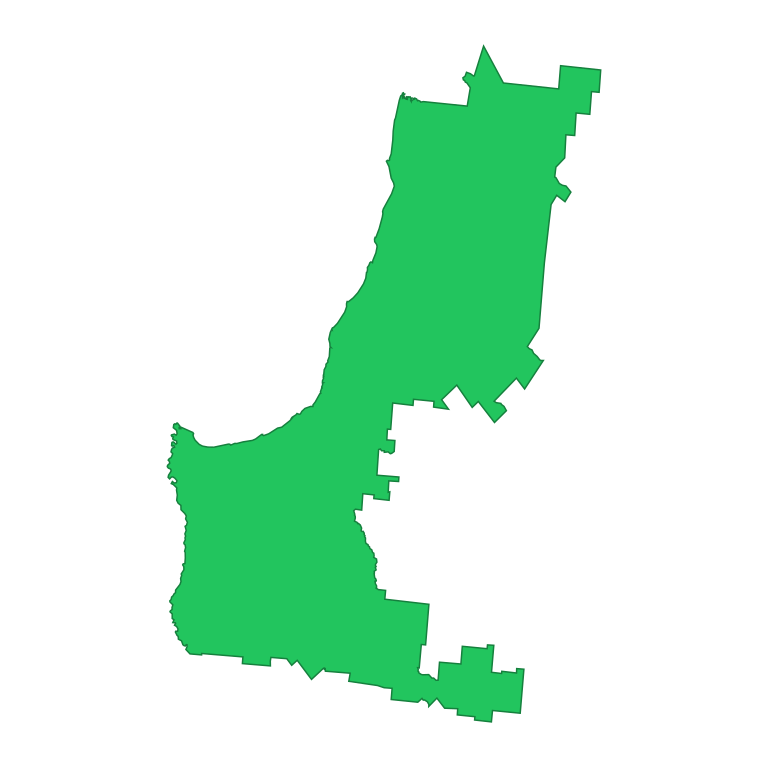 Carpentaria, Queensland, Australia (Natural Earth projection)
{"feature_id": "25037944B42158127814454", "entity_name": "Carpentaria", "entity_type": "district", "adm_level": 2, "iso_a3": "AUS", "parent_name": "Australia", "parent_adm1": "Queensland", "projection": "natural_earth1", "projection_center": [140.957, -17.323], "detail": "fine", "context": "isolated", "style": "filled", "palette": "green", "viewbox_px": 768, "rotation_deg": 0, "n_neighbors": 0, "source": "geoboundaries", "source_scale": "gbopen_adm2", "svg_char_len": 6082}
<svg xmlns="http://www.w3.org/2000/svg" viewBox="0 0 768 768"><path d="M190.0,653.9L201.6,654.9L201.7,653.5L242.9,656.9L242.4,663.6L270.4,665.9L270.3,661.2L270.9,657.4L286.8,658.7L291.7,665.3L297.2,660.3L311.5,679.4L323.4,668.3L324.3,669.2L324.6,668.2L325.2,668.5L325.4,671.2L350.2,673.2L348.8,681.3L377.5,685.5L384.1,687.7L392.1,688.3L391.2,699.5L417.8,702.2L422.0,698.4L423.2,700.1L424.6,700.0L427.4,701.8L428.9,704.6L428.8,706.4L436.9,698.1L444.6,708.2L457.7,708.7L457.3,714.9L474.9,716.7L474.6,720.0L491.4,721.9L492.5,710.5L520.2,713.2L523.9,669.2L516.7,668.6L516.5,673.0L501.8,671.3L501.6,673.5L491.5,672.3L493.8,645.3L487.5,644.9L487.1,648.7L462.3,646.3L460.9,664.0L439.5,662.2L438.1,680.2L436.0,680.3L433.7,678.1L431.9,678.1L428.7,674.6L422.6,674.8L420.9,674.3L418.7,672.7L418.7,671.7L418.0,671.2L418.2,669.4L417.6,667.7L419.2,667.9L421.3,644.5L425.6,644.9L428.9,604.3L384.8,599.2L385.6,590.4L378.3,589.6L376.1,588.1L376.6,587.4L376.5,585.6L375.5,584.0L375.0,581.3L376.0,581.2L376.3,580.5L375.7,578.8L374.7,577.8L374.1,573.4L374.4,573.1L374.2,571.3L376.1,569.9L375.3,567.3L376.1,566.6L375.4,565.3L375.6,564.1L376.9,562.2L376.5,559.0L373.7,557.4L374.1,555.9L373.8,553.2L372.6,552.5L371.7,549.7L369.9,548.6L369.5,546.8L368.3,545.9L368.0,544.6L366.0,543.5L365.4,541.2L365.5,538.0L364.6,536.7L365.0,535.8L364.2,534.7L364.2,533.1L363.1,531.3L361.9,531.5L361.1,530.8L361.6,528.1L360.3,525.0L358.4,523.4L357.8,523.6L357.0,522.3L354.5,521.2L355.3,518.0L355.2,516.1L354.5,515.1L354.8,514.3L353.7,510.7L355.4,509.2L361.7,510.1L362.8,493.7L374.1,494.9L373.8,498.6L389.1,500.3L389.8,491.8L388.2,492.3L388.8,480.9L398.6,481.5L398.9,477.0L376.9,475.2L378.6,449.5L380.4,449.0L381.5,450.7L384.3,450.8L384.3,452.3L388.2,451.9L390.3,453.7L391.6,453.4L394.2,451.5L394.9,440.5L386.8,439.9L387.4,429.1L390.7,429.4L392.7,403.0L413.0,405.4L413.5,399.3L434.0,401.3L433.6,407.1L448.5,409.2L441.6,399.7L456.8,385.1L472.2,407.4L478.3,401.5L494.5,422.5L506.4,410.7L504.0,406.4L501.4,404.4L500.9,403.4L496.3,402.7L494.1,401.2L516.4,378.1L524.6,389.0L543.3,360.5L540.8,360.5L539.6,359.7L537.2,356.5L533.6,353.4L532.0,349.9L529.3,348.7L527.3,346.6L539.0,328.3L544.4,262.7L551.1,204.5L556.7,195.3L565.0,201.7L570.9,192.1L566.0,186.0L562.5,185.3L559.3,183.5L555.9,177.6L554.7,177.0L555.9,167.1L564.7,157.9L565.9,134.8L574.7,135.5L576.1,113.0L589.8,114.3L591.5,91.6L599.1,92.3L600.7,70.0L560.6,65.7L558.7,88.9L503.4,83.0L483.6,46.1L474.3,75.9L473.5,76.0L470.4,73.7L466.5,72.3L465.1,76.2L462.9,77.8L463.4,79.9L464.7,80.5L465.3,82.1L466.8,82.8L470.3,87.8L467.2,106.1L423.3,101.6L420.7,102.1L420.1,101.2L418.3,100.4L417.5,100.7L416.6,99.0L414.8,98.1L414.2,99.3L413.5,99.3L413.8,98.6L413.2,98.4L413.1,99.6L412.0,100.6L411.1,99.9L411.1,101.2L410.6,100.4L411.7,98.1L410.6,98.1L410.1,96.8L408.3,97.2L408.0,96.2L407.8,97.3L406.5,96.8L406.5,98.5L407.2,98.5L407.3,99.4L406.1,99.2L405.3,98.2L404.1,98.4L403.8,97.7L404.5,97.2L403.9,96.0L402.6,97.7L402.6,96.1L404.7,94.1L403.8,93.8L403.4,92.8L402.5,93.2L402.3,94.6L400.7,96.0L399.3,100.3L395.5,118.0L394.6,120.1L393.2,131.0L392.8,140.0L391.2,153.9L389.5,158.5L389.6,160.0L389.0,160.6L387.4,160.3L386.4,161.2L389.0,166.6L391.2,178.1L393.6,182.9L394.3,186.2L391.6,193.8L383.3,209.0L382.6,211.6L382.9,213.6L382.3,217.1L379.2,228.6L376.0,237.2L375.0,237.4L375.2,238.1L374.5,239.0L374.7,241.7L376.7,244.6L377.1,246.7L375.9,252.9L372.9,260.3L372.5,262.7L371.0,261.9L369.9,262.7L368.8,265.5L367.4,267.4L367.5,269.5L367.1,272.1L366.5,272.4L365.8,278.2L363.5,283.9L357.8,292.8L353.3,297.8L348.6,301.6L347.1,301.5L346.5,303.8L346.6,306.8L344.7,312.2L337.5,323.3L333.5,327.5L332.4,327.9L331.8,329.1L332.0,329.8L331.6,329.5L330.3,332.4L328.8,339.2L329.9,343.5L330.0,346.4L330.9,347.4L330.2,347.2L329.8,348.3L329.3,356.6L327.7,360.8L328.0,362.0L326.0,364.2L325.9,366.5L324.2,369.7L323.7,375.0L323.3,375.2L323.8,376.7L323.2,377.0L323.5,378.5L322.5,380.7L322.4,382.6L323.2,382.8L322.5,383.1L322.6,384.8L321.7,387.0L321.8,387.7L322.7,388.0L321.7,388.1L320.4,392.0L320.8,393.3L319.8,393.8L315.2,402.1L313.0,404.9L312.9,406.5L310.7,406.4L305.0,408.4L301.9,411.3L300.4,413.9L299.2,414.3L297.0,413.5L296.0,414.8L292.2,417.2L291.6,418.0L292.2,418.0L289.9,420.7L281.7,427.2L277.6,428.1L268.7,433.8L263.7,435.6L262.6,435.1L262.6,434.4L261.7,434.4L255.6,439.0L252.4,440.4L243.0,441.9L236.9,443.5L234.8,443.4L230.7,445.1L229.8,444.2L228.4,444.1L213.9,447.2L207.9,447.1L202.5,446.1L199.2,444.4L195.1,440.2L193.6,437.3L193.0,434.8L193.6,433.8L192.9,432.5L181.0,427.2L180.2,427.8L180.7,428.6L179.2,428.7L179.1,427.6L179.9,426.2L177.5,423.1L176.8,423.1L175.8,424.3L174.9,423.8L173.8,424.5L173.3,427.7L176.6,430.4L177.1,433.7L176.2,435.1L174.3,434.1L171.5,434.9L171.3,435.5L172.0,436.6L173.4,436.9L172.7,438.8L173.2,439.6L176.6,441.0L176.9,443.3L175.9,444.2L173.6,442.0L172.3,442.1L171.8,442.8L171.6,445.7L172.3,446.1L173.8,445.6L174.6,447.2L172.4,448.1L171.6,449.4L171.0,451.9L172.6,453.5L172.4,454.7L171.1,457.6L169.3,458.6L168.2,460.1L169.4,461.5L169.7,463.3L167.6,465.3L167.3,466.7L168.4,468.1L170.5,469.0L171.1,470.3L170.9,471.5L168.6,475.1L168.1,477.3L169.6,478.9L171.3,477.1L172.8,476.9L174.8,478.1L177.0,480.7L176.3,482.7L174.2,483.0L172.4,481.5L171.3,483.6L173.3,484.5L176.8,487.9L176.5,490.0L177.3,495.1L176.7,500.3L178.2,503.3L180.9,505.4L181.0,509.7L184.7,513.4L186.3,515.9L185.6,518.9L187.4,522.2L186.5,525.3L185.1,526.3L186.2,530.4L184.9,533.9L185.6,536.1L185.0,537.8L185.3,539.7L183.9,542.7L184.0,543.8L185.1,544.8L185.6,547.6L184.6,551.3L185.2,552.4L185.3,558.0L184.9,563.6L183.2,563.9L182.7,564.9L183.8,566.7L183.9,569.7L181.2,574.0L181.7,575.4L180.6,578.5L181.0,581.5L180.0,584.4L175.6,590.1L175.5,592.7L174.1,593.8L173.1,595.7L171.6,597.1L171.1,599.6L169.8,600.9L170.0,602.0L172.8,604.8L172.0,607.6L172.1,609.5L170.4,610.8L170.0,611.8L172.2,613.9L172.2,618.5L174.0,619.8L172.8,622.6L175.4,622.8L175.6,623.5L174.5,625.2L176.6,626.5L178.0,628.9L177.6,631.3L175.8,631.2L175.4,632.0L177.0,635.3L178.2,636.4L178.4,639.2L181.5,640.8L182.9,644.7L183.8,645.5L185.2,646.0L186.3,644.6L187.0,644.7L187.1,646.6L185.9,649.5L190.0,653.9Z" fill="#22c55e" stroke="#15803d" stroke-width="1.5"/></svg>